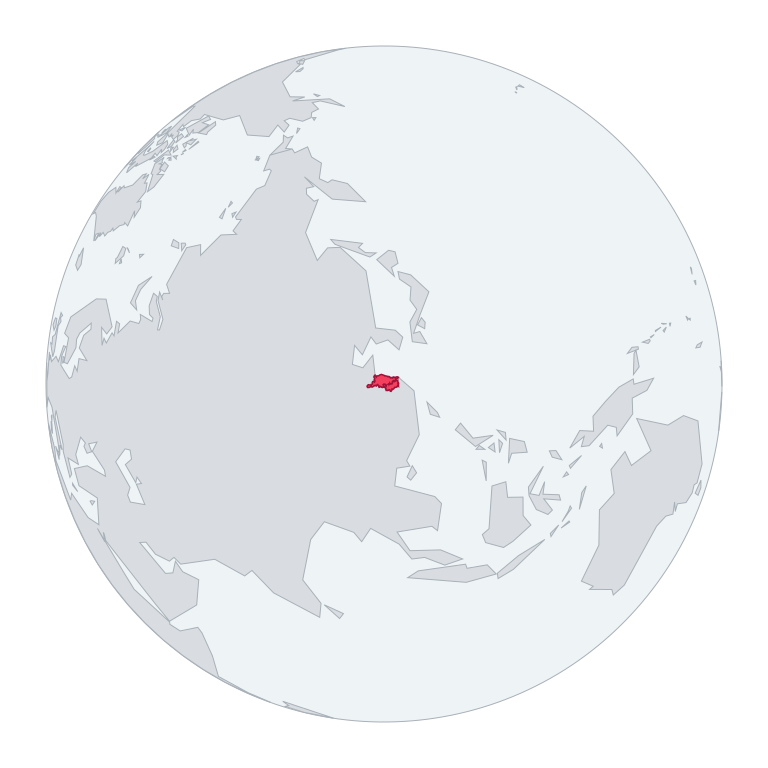 globe centered on Jiangsu, rotated 309°
{"feature_id": "CHN-1818", "entity_name": "Jiangsu", "entity_type": "Province", "adm_level": 1, "iso_a3": "CHN", "parent_name": "China", "parent_adm1": "", "projection": "orthographic", "projection_center": [119.061, 32.938], "detail": "fine", "context": "on_globe", "style": "filled", "palette": "rose", "viewbox_px": 768, "rotation_deg": 309, "n_neighbors": 0, "source": "natural_earth", "source_scale": "10m", "svg_char_len": 16453}
<svg xmlns="http://www.w3.org/2000/svg" viewBox="0 0 768 768"><g transform="rotate(309 384 384)"><circle cx="384" cy="384" r="338" fill="#eef3f6" stroke="#a8b0b8"/><path d="M667.8,548.3L667.4,549.9L667.1,550.4L667.8,548.3ZM620.8,143.0L614.5,137.9L586.1,118.4L586.5,116.9L579.6,113.2L578.6,115.4L579.7,117.8L554.8,115.0L548.1,130.3L557.2,141.8L546.4,134.8L571.4,162.3L575.0,179.0L563.9,156.3L557.5,151.2L556.5,160.0L549.6,156.9L545.1,159.7L537.0,155.4L531.2,143.5L525.8,140.8L525.4,147.3L517.0,147.9L518.4,138.5L503.9,138.9L491.5,121.1L501.8,102.9L488.1,92.9L480.5,74.9L474.3,74.4L467.5,68.6L457.8,66.2L459.2,64.4L450.3,64.2L450.9,66.4L447.2,67.3L441.5,66.4L442.3,63.6L445.2,63.6L442.5,62.4L445.3,61.6L440.7,61.5L442.3,58.8L432.4,60.2L426.6,57.1L429.9,55.8L440.5,57.5L474.2,61.5L480.8,62.2L479.6,60.7L454.5,53.5L477.7,59.3L500.4,66.8L522.6,75.8L544.0,86.4L564.7,98.4L584.4,111.9L603.2,126.8L620.8,143.0ZM438.5,50.5L434.1,49.8L436.9,50.7L431.9,50.2L430.3,51.3L418.9,49.7L408.6,47.9L409.3,47.3L404.8,46.8L394.6,46.8L388.2,46.1L413.4,47.4L438.5,50.5ZM702.6,306.5L699.8,300.6L701.8,301.0L702.6,306.5ZM697.9,299.3L698.9,300.8L698.0,300.0L697.9,299.3ZM697.1,300.2L697.7,299.5L697.3,301.0L697.1,300.2ZM696.3,302.3L696.6,300.9L696.7,301.3L696.3,302.3ZM694.1,303.6L693.4,303.7L693.5,301.7L694.1,303.6ZM581.3,119.7L579.4,115.9L582.7,115.5L585.2,118.9L581.3,119.7ZM573.9,122.0L571.0,118.8L579.0,121.9L578.2,122.7L573.9,122.0ZM565.4,151.3L565.1,146.6L567.7,152.4L565.4,151.3ZM546.0,160.8L548.2,163.4L544.9,163.8L546.0,160.8ZM436.7,52.2L433.6,51.8L435.5,51.8L436.7,52.2ZM439.0,53.4L443.5,53.7L445.2,54.4L442.4,54.1L439.0,53.4ZM529.5,158.0L523.6,158.4L528.6,155.8L529.5,158.0ZM433.1,52.9L447.7,55.5L450.7,56.7L442.6,57.0L433.1,52.9ZM519.4,157.3L505.1,159.3L508.9,164.8L490.0,151.3L508.5,153.5L514.1,149.3L514.6,154.2L519.4,157.3ZM453.5,67.6L452.6,65.2L458.6,68.2L453.5,67.6ZM458.3,69.4L481.9,79.0L480.5,82.7L472.8,78.4L475.1,84.6L462.7,81.5L458.7,77.5L462.1,75.6L454.8,76.0L458.3,69.4ZM481.9,144.0L477.6,143.1L481.0,141.9L481.9,144.0ZM446.2,67.9L451.1,69.2L450.2,72.4L440.1,70.4L443.6,69.9L446.2,67.9ZM481.8,87.9L479.3,90.3L468.6,88.4L466.2,89.2L462.3,81.8L481.8,87.9ZM441.0,68.8L435.1,69.3L430.4,67.1L441.3,66.9L441.0,68.8ZM454.1,74.3L453.2,75.8L450.5,74.2L454.1,74.3ZM410.4,60.7L416.3,61.7L416.3,63.3L410.4,60.7ZM433.2,69.8L434.8,70.5L435.5,71.4L430.7,71.5L433.2,69.8ZM455.1,81.2L451.1,80.2L456.1,84.1L448.3,83.3L447.1,78.7L444.3,80.4L441.9,80.2L443.7,76.7L455.1,81.2ZM427.9,74.4L423.7,69.1L412.8,66.6L412.5,64.9L430.2,69.3L427.9,74.4ZM437.0,76.0L431.3,74.5L433.8,72.9L439.3,72.9L437.0,76.0ZM443.4,84.6L455.7,86.9L455.5,87.9L443.4,84.6ZM424.2,73.9L425.4,75.2L423.2,73.9L424.2,73.9ZM437.0,81.5L441.3,82.1L441.0,83.2L437.0,81.5ZM423.9,77.7L422.5,75.8L426.2,75.6L423.9,77.7ZM429.5,79.7L428.0,81.0L428.3,76.7L431.5,79.7L429.5,79.7ZM436.0,82.4L437.2,83.3L434.2,82.0L436.0,82.4ZM410.8,79.9L410.3,74.5L418.4,73.8L417.8,79.1L410.8,79.9ZM142.3,147.9L130.9,163.1L126.9,168.4L118.0,177.3L96.6,213.6L102.5,210.0L94.0,238.1L95.2,251.0L115.0,232.9L113.0,211.0L123.4,196.6L133.7,204.8L137.0,225.7L141.2,220.9L148.2,199.7L158.2,197.5L151.7,192.1L147.4,199.5L143.3,196.8L146.8,190.0L150.2,189.1L151.8,181.7L135.2,188.8L129.2,197.1L127.7,185.0L117.5,198.0L113.8,198.7L129.7,177.2L135.2,172.6L157.2,145.7L151.3,149.2L130.2,175.3L132.6,170.5L124.4,177.0L132.6,168.3L157.2,140.4L162.1,131.6L153.8,136.7L188.4,108.5L174.5,120.0L181.3,115.7L198.3,103.8L192.0,109.2L196.9,106.4L192.2,111.5L199.1,111.7L196.4,116.9L212.1,110.9L212.9,113.1L203.3,115.7L195.3,121.0L190.1,135.9L192.9,136.9L203.5,132.2L200.8,137.5L211.8,131.0L215.2,138.4L220.2,124.5L232.9,120.0L242.1,121.8L247.1,118.2L232.2,115.5L225.4,116.9L218.2,121.8L200.5,125.2L199.5,121.7L221.4,109.8L222.4,103.9L239.0,98.4L269.1,106.9L275.0,114.6L257.3,136.7L248.4,137.0L250.3,128.9L236.5,140.6L243.4,137.6L241.1,142.4L252.6,140.5L251.5,143.9L264.4,136.7L264.4,140.7L256.2,145.2L273.2,147.1L276.7,155.4L281.0,154.3L284.7,150.8L286.6,164.4L289.8,163.1L290.4,158.0L297.0,152.3L309.5,147.8L309.4,152.7L304.9,155.0L295.5,167.8L283.5,173.9L284.7,175.5L295.1,171.5L306.7,155.8L314.2,151.8L310.0,159.2L312.1,156.2L315.8,155.8L319.5,160.3L324.7,152.3L365.7,144.8L376.9,153.8L368.5,160.5L397.2,163.5L407.6,175.3L408.0,170.3L422.1,169.6L419.1,165.8L420.4,163.5L455.1,162.2L463.2,166.5L478.8,162.2L479.0,159.9L473.9,156.4L490.0,151.3L508.9,164.8L507.4,169.1L520.2,175.4L514.8,184.9L516.3,196.4L502.8,204.5L505.2,213.6L510.0,215.1L516.8,229.4L514.1,255.0L495.1,227.4L494.9,191.8L493.2,205.2L487.2,200.5L482.7,204.5L482.0,214.7L485.8,216.8L452.3,227.7L438.0,254.4L454.3,254.5L462.6,263.9L460.6,298.8L422.3,342.3L432.9,358.9L432.2,369.1L420.0,374.2L420.7,359.3L410.2,352.8L412.4,344.2L393.1,348.8L395.5,336.8L379.3,347.1L383.3,357.4L399.4,357.1L384.4,372.4L398.3,391.2L397.6,411.6L366.8,443.3L338.7,449.8L336.5,455.8L326.6,446.9L311.5,456.5L328.5,494.3L327.3,503.9L303.7,517.9L303.6,510.8L277.2,487.3L270.8,509.1L290.7,532.4L297.5,555.2L281.5,545.2L274.8,524.7L265.5,515.8L269.1,496.6L263.4,464.5L247.4,465.9L249.7,453.9L239.4,424.3L217.0,424.9L180.6,444.1L173.9,473.1L162.2,480.9L152.2,429.6L156.0,398.7L147.2,396.5L141.3,362.8L116.1,339.4L117.1,329.9L111.3,328.7L107.9,313.5L111.3,298.6L107.1,293.9L99.3,333.4L104.4,338.8L115.0,333.4L111.4,345.7L115.3,363.2L94.4,377.5L64.7,366.6L69.5,343.5L87.2,266.3L91.0,261.4L91.4,260.7L92.1,259.2L85.7,266.2L91.4,252.2L73.6,300.9L67.2,319.0L64.1,367.3L62.5,368.8L63.8,381.0L77.7,392.4L76.0,399.2L64.7,421.8L52.5,439.4L58.6,472.7L65.3,496.4L65.3,496.5L57.9,472.5L52.2,448.1L48.4,423.3L46.4,398.4L46.2,373.3L48.0,348.3L51.5,323.5L56.9,299.0L64.1,275.0L73.1,251.6L83.8,228.9L96.1,207.1L110.0,186.2L125.4,166.4L142.3,147.9ZM132.6,261.2L139.8,274.1L150.3,254.6L154.0,258.2L156.2,250.6L151.1,253.2L158.6,233.7L166.7,235.1L172.9,228.2L170.7,223.6L154.7,224.4L143.8,251.7L136.3,254.7L132.6,261.2ZM229.0,88.6L222.9,92.3L218.2,93.7L221.8,89.5L228.7,87.1L229.0,88.6ZM215.5,97.3L236.3,88.1L235.0,91.1L232.2,90.8L229.2,93.7L224.0,94.2L202.3,107.1L196.7,109.4L206.3,99.0L206.2,100.8L212.2,96.7L215.5,97.3ZM291.8,66.7L300.8,64.8L286.2,73.4L279.5,74.3L282.5,69.5L292.3,65.8L291.8,66.7ZM416.0,53.8L420.4,54.0L420.2,54.6L416.3,54.8L416.0,53.8ZM413.1,61.0L396.6,54.0L400.8,53.7L386.1,51.0L391.4,49.4L400.8,51.0L393.8,48.3L404.4,49.1L398.5,47.7L418.7,51.4L427.9,52.7L415.6,51.7L410.5,52.9L411.0,53.9L419.5,57.9L436.7,62.3L434.4,65.0L428.2,65.8L423.7,65.2L426.6,63.4L418.5,63.9L419.3,60.9L413.1,61.0ZM356.4,84.9L361.7,81.2L345.5,85.3L346.3,80.9L344.3,81.6L340.6,78.9L332.6,77.2L334.5,75.2L330.6,75.4L328.0,73.9L323.3,73.8L325.1,70.4L319.4,70.1L323.5,68.7L313.3,69.2L321.7,67.5L319.1,65.9L312.4,68.5L333.4,54.8L335.8,51.9L333.2,50.8L347.9,49.0L359.7,49.4L368.1,51.9L363.7,55.5L371.2,54.5L371.3,56.2L365.4,56.3L374.5,57.2L373.0,58.7L380.5,63.5L394.7,64.9L397.8,67.0L391.5,67.3L399.0,69.4L389.2,71.5L391.2,73.3L383.5,77.7L370.1,77.8L373.4,79.9L367.7,83.8L356.4,84.9ZM408.3,80.9L392.2,81.2L384.7,79.2L401.2,72.6L400.8,70.7L411.1,67.3L421.8,70.5L417.8,71.1L416.5,72.5L413.7,70.9L414.9,73.2L409.6,74.3L409.1,76.5L404.0,75.9L408.3,80.9ZM129.1,167.9L127.3,171.0L125.9,174.7L120.8,179.2L129.1,167.9ZM145.6,148.6L144.9,150.2L136.9,157.6L138.8,154.7L145.6,148.6ZM151.3,145.3L145.5,149.8L149.8,145.6L151.3,145.3ZM203.4,117.3L203.5,119.2L200.9,120.7L197.7,121.3L203.4,117.3ZM308.6,99.2L312.8,96.7L314.5,97.2L326.5,94.5L326.9,98.0L319.8,101.0L308.6,99.2ZM110.8,233.0L106.4,233.4L108.0,229.3L109.1,229.9L110.8,233.0ZM110.8,204.5L107.6,213.7L109.4,205.7L110.8,204.5ZM311.0,102.6L315.9,101.0L313.1,103.8L311.0,102.6ZM327.8,100.6L325.7,103.7L328.4,98.2L327.8,100.6ZM78.5,528.4L71.2,510.0L74.1,512.3L73.7,505.0L80.5,523.2L92.6,555.2L91.9,553.9L78.5,528.4ZM383.5,612.3L394.0,614.0L393.6,615.2L383.5,612.3ZM372.5,607.3L384.4,608.5L370.5,609.8L372.5,607.3ZM389.0,609.0L401.2,607.2L406.4,605.4L405.5,607.9L389.0,609.0ZM364.4,606.8L321.4,601.2L304.6,595.1L308.3,591.2L335.5,596.6L364.4,606.8ZM307.0,590.8L281.6,572.7L248.4,524.3L260.3,528.2L295.3,560.8L293.0,564.5L308.4,578.0L307.0,590.8ZM369.3,574.9L366.9,586.9L342.9,583.2L332.2,579.8L324.7,562.8L328.9,555.2L337.6,556.7L372.7,532.1L384.7,540.2L373.7,551.4L383.6,563.2L369.3,574.9ZM174.8,476.5L180.0,497.0L173.8,497.1L174.8,476.5ZM387.6,512.7L373.0,524.4L386.6,508.2L387.6,512.7ZM396.2,496.7L396.7,503.5L391.2,496.6L396.2,496.7ZM335.5,465.2L326.1,465.3L326.3,460.4L338.3,457.4L335.5,465.2ZM397.0,428.8L395.5,443.4L393.2,448.2L389.6,439.1L397.0,428.8ZM321.6,136.1L304.4,135.4L292.3,138.4L285.9,145.2L287.5,135.9L306.2,131.1L321.6,136.1ZM360.3,142.9L365.8,137.8L368.3,140.8L367.4,142.4L360.3,142.9ZM360.1,139.2L357.5,131.7L363.8,129.4L364.6,135.7L360.1,139.2ZM333.5,115.5L328.4,114.8L330.8,112.4L333.5,115.5ZM558.1,673.6L587.9,653.3L590.4,651.5L558.1,673.6ZM495.1,698.1L495.0,694.5L508.8,690.8L502.8,695.5L495.1,698.1ZM594.7,648.2L596.9,646.2L605.7,638.6L609.3,633.6L607.8,636.7L614.3,631.3L608.6,636.5L594.7,648.2ZM445.2,685.3L379.0,697.3L364.3,695.0L367.7,690.4L353.7,673.0L358.5,673.8L355.0,661.5L394.0,652.4L421.8,630.6L443.8,631.8L460.3,614.2L483.1,613.8L476.4,627.6L500.2,633.5L516.2,602.1L530.7,630.5L548.0,636.7L552.9,651.2L522.0,681.5L504.2,689.5L500.8,688.5L493.4,692.0L481.9,693.3L475.5,687.4L468.2,690.6L475.2,684.1L464.7,690.4L458.7,686.2L445.2,685.3ZM608.3,603.6L611.6,602.8L616.8,604.7L611.5,606.5L608.3,603.6ZM659.3,560.1L660.6,561.0L657.2,564.1L659.3,560.1ZM667.1,550.4L663.1,554.5L667.8,548.3L667.1,550.4ZM626.1,579.5L627.8,580.5L626.4,581.8L626.1,579.5ZM624.8,579.6L626.8,575.8L626.5,578.8L624.8,579.6ZM608.8,570.0L610.9,567.6L611.8,568.5L608.8,570.0ZM409.5,614.7L424.1,606.0L432.1,605.3L409.5,614.7ZM605.9,567.6L600.7,569.1L601.2,567.2L605.9,567.6ZM606.2,563.4L605.6,561.2L608.8,565.8L606.2,563.4ZM596.3,561.2L602.6,563.5L595.6,561.9L596.3,561.2ZM592.5,562.9L588.0,562.3L588.3,561.4L592.5,562.9ZM541.1,578.4L558.2,589.9L544.5,592.3L529.2,585.8L517.3,596.1L490.4,597.8L496.5,591.8L492.8,583.8L465.1,582.2L459.5,576.8L469.3,572.6L451.1,568.7L471.0,565.4L479.2,576.6L490.5,566.7L510.1,567.1L529.3,568.5L544.8,574.5L541.1,578.4ZM471.2,590.8L474.7,590.6L471.7,594.1L471.2,590.8ZM579.2,558.5L585.8,562.2L585.1,563.7L581.8,563.8L579.2,558.5ZM548.3,571.9L565.0,559.2L568.9,558.5L557.9,571.5L548.3,571.9ZM560.9,553.9L568.6,553.6L572.8,558.0L571.2,559.8L560.9,553.9ZM430.6,581.2L429.8,584.4L424.7,581.8L430.6,581.2ZM437.2,579.3L452.8,582.5L435.8,582.0L437.2,579.3ZM390.6,566.5L395.0,574.6L409.2,570.3L398.4,576.9L408.1,589.8L404.9,594.3L395.3,580.4L392.0,594.2L385.8,593.5L382.3,581.4L388.5,567.0L394.8,561.1L420.4,559.6L390.6,566.5ZM437.1,569.9L433.0,560.8L436.1,554.6L440.5,559.5L437.1,569.9ZM421.1,538.2L410.5,526.8L400.7,530.6L420.8,515.9L427.6,529.3L421.1,538.2ZM412.5,513.5L403.3,517.0L413.0,508.3L412.5,513.5ZM401.1,513.1L400.3,505.1L407.4,506.6L401.1,513.1ZM417.3,514.1L419.4,500.8L422.8,508.8L417.3,514.1ZM397.9,487.2L412.8,501.1L393.0,494.4L393.3,468.2L401.8,468.1L397.9,487.2ZM452.6,380.8L451.1,372.9L459.1,371.3L457.9,377.1L452.6,380.8ZM483.9,360.9L460.8,368.3L442.0,375.1L447.3,378.8L442.3,392.0L434.7,379.4L448.5,365.1L462.6,362.5L465.6,351.4L476.4,343.9L475.3,330.0L480.2,324.1L485.6,336.1L483.9,360.9ZM474.2,324.2L476.1,300.1L490.8,303.4L493.7,309.4L486.6,318.9L479.3,316.5L474.2,324.2ZM480.9,295.4L473.8,293.1L461.7,258.0L462.8,251.6L479.8,278.8L474.0,278.3L474.4,286.8L480.9,295.4ZM478.5,145.8L477.6,143.3L481.0,145.4L478.5,145.8ZM418.3,161.4L420.7,158.6L424.5,160.8L418.3,161.4ZM429.3,152.3L423.3,151.7L429.7,150.2L429.3,152.3ZM410.0,151.2L421.0,150.5L410.4,154.2L410.0,151.2Z" fill="#d9dde1" stroke="#a8b0b8" stroke-width="1"/><path d="M385.1,371.4L384.7,371.5L384.6,371.8L384.7,372.2L384.6,372.7L384.7,373.1L384.6,373.3L384.6,373.5L384.8,373.3L385.2,373.3L385.4,373.1L385.6,373.3L385.8,373.3L386.0,373.5L385.9,373.7L386.3,374.1L386.7,374.4L386.8,374.5L387.2,374.6L387.6,374.9L387.7,375.0L388.3,375.0L388.7,375.2L389.0,375.5L389.7,375.8L389.8,375.9L389.9,376.3L390.0,376.5L390.2,376.9L390.2,377.0L390.4,377.5L390.5,377.9L390.6,378.3L390.6,378.5L390.8,378.9L390.8,379.0L391.0,379.1L391.1,379.7L391.0,379.8L391.2,380.0L391.4,380.4L391.7,380.8L391.8,381.1L391.9,381.7L392.1,381.8L392.3,382.0L392.2,382.1L392.3,382.2L392.3,382.3L392.2,382.4L392.5,382.6L392.6,382.8L392.7,383.0L392.7,383.4L392.8,383.4L393.0,383.4L393.1,383.5L393.0,383.8L393.1,384.5L393.0,384.9L392.9,385.0L392.9,385.4L392.9,385.2L392.8,385.3L392.9,385.5L393.2,385.6L393.4,385.9L394.1,386.3L394.1,386.5L394.2,386.4L394.4,386.5L395.4,387.0L395.6,387.1L395.8,387.9L395.5,388.0L395.7,388.4L395.8,388.4L395.9,388.7L396.0,388.7L396.1,388.8L396.3,388.7L397.0,389.0L397.8,389.6L397.8,389.8L398.1,390.1L398.1,390.4L398.3,390.8L398.3,391.1L398.1,391.2L397.8,391.2L397.1,391.0L396.3,390.7L396.2,390.5L395.1,390.1L394.8,390.2L394.3,390.6L393.9,390.5L393.6,390.5L393.4,390.4L393.4,390.1L393.2,389.9L392.7,389.3L392.4,389.3L391.9,389.0L391.1,389.0L390.5,389.3L390.0,389.8L389.8,389.9L389.4,389.8L389.0,389.7L388.7,389.4L388.2,388.8L388.2,388.7L388.3,388.2L388.2,388.3L388.1,388.0L387.9,387.8L387.8,387.7L387.5,387.6L387.1,387.6L386.9,387.4L386.7,387.4L387.0,387.6L387.1,387.8L386.9,388.2L386.7,388.4L386.8,388.4L387.1,388.1L387.3,388.3L387.6,388.3L387.5,388.6L387.6,388.8L388.0,389.0L388.7,389.8L389.4,390.0L389.6,390.1L389.8,390.0L390.4,389.8L391.0,389.6L391.0,389.4L391.3,389.4L391.7,389.5L392.1,389.5L392.4,389.6L392.8,390.5L392.5,390.5L392.3,390.3L392.3,390.5L392.5,390.6L392.9,390.8L393.8,391.0L394.5,391.3L395.0,391.8L395.4,392.3L395.5,392.4L395.0,392.5L394.7,392.7L394.4,393.1L394.5,393.4L394.4,393.7L394.2,393.7L394.1,393.8L394.1,394.3L393.6,394.5L393.1,394.6L393.2,394.9L393.3,395.3L392.7,395.4L392.5,395.5L392.2,395.5L392.3,395.8L392.3,396.0L392.0,396.2L391.7,396.2L391.2,396.8L391.0,396.0L390.9,396.0L390.7,396.0L390.6,395.7L389.8,395.9L389.4,395.7L389.0,395.4L388.5,394.9L388.4,394.5L388.3,394.4L388.0,394.4L387.7,394.5L387.5,394.4L387.0,394.5L386.9,394.6L386.6,394.6L386.3,394.5L386.2,394.5L385.5,394.3L385.5,393.9L385.4,393.7L385.3,393.9L385.0,393.9L384.5,393.7L384.1,394.0L382.8,394.1L382.7,394.1L382.6,393.9L382.4,393.6L382.4,393.3L382.7,393.2L382.8,393.1L383.1,392.3L383.0,391.8L382.9,391.7L382.7,391.7L382.4,391.7L382.1,391.6L382.1,391.3L382.1,391.2L381.9,391.1L381.5,391.1L381.1,390.8L381.0,390.7L381.1,390.4L381.0,390.2L380.8,390.1L380.6,390.0L380.4,389.8L380.5,389.7L380.6,389.3L380.7,389.1L381.2,388.7L381.2,388.4L381.7,388.3L382.0,388.1L382.0,387.9L382.0,387.7L382.0,387.2L382.0,386.8L381.8,386.7L381.7,386.7L381.7,386.4L381.5,386.1L381.8,386.1L382.1,386.1L382.5,385.9L382.6,386.0L382.8,386.0L383.2,386.0L383.4,386.2L383.6,386.5L383.8,386.5L384.0,386.7L384.0,386.9L384.4,386.6L384.4,386.3L384.5,386.2L384.7,385.9L384.6,385.3L384.5,385.0L384.5,384.7L384.2,384.6L383.9,384.2L383.7,384.2L383.7,383.9L383.2,383.9L382.9,383.8L382.9,384.0L382.7,384.4L382.5,384.6L382.4,384.9L382.4,385.1L381.8,385.1L381.6,385.2L380.9,385.2L380.6,385.2L380.2,384.9L380.2,384.6L380.0,384.4L379.9,384.1L380.0,384.0L380.2,383.8L380.0,383.5L379.8,383.0L379.8,382.6L379.7,382.4L379.5,382.6L379.2,382.7L378.7,382.6L378.7,382.4L378.4,382.2L378.5,382.1L378.7,381.8L378.7,381.6L379.0,380.8L379.1,380.7L379.3,380.8L379.3,380.5L379.4,380.0L379.7,379.5L379.6,379.3L379.5,379.2L379.3,379.1L379.1,379.1L378.6,379.2L378.4,379.3L378.2,379.3L377.6,379.3L377.6,379.1L377.6,378.4L377.3,378.4L377.1,377.8L377.0,377.7L376.9,377.6L376.8,377.8L376.7,377.7L376.5,377.4L376.3,377.4L376.1,377.5L375.9,377.5L375.6,377.2L375.1,377.2L374.7,377.1L374.1,376.7L374.0,376.2L373.8,376.0L373.8,375.9L373.9,375.6L373.7,375.3L373.2,375.3L372.9,375.0L372.0,374.7L371.9,374.5L371.6,374.2L371.2,373.8L371.0,373.6L371.0,373.4L371.2,373.2L371.2,372.7L371.5,372.3L371.6,372.2L371.8,372.2L372.3,372.1L372.7,372.1L373.0,372.1L373.7,372.4L373.9,372.6L373.9,373.0L374.3,373.5L374.7,374.3L374.7,374.8L374.9,375.0L375.0,375.0L375.1,374.9L375.1,374.6L375.3,374.3L375.6,374.2L375.8,374.3L376.3,374.9L376.6,375.0L376.8,374.9L377.2,374.6L377.5,374.5L377.8,374.1L377.8,373.9L378.1,373.8L378.5,373.7L379.2,373.9L379.3,374.0L379.3,374.3L379.6,374.5L379.5,374.9L379.7,375.1L379.6,375.4L380.5,375.3L380.7,375.1L380.8,374.9L380.9,374.2L381.0,374.0L381.0,373.8L381.1,373.7L381.4,373.6L381.7,373.6L382.2,373.7L382.3,373.6L382.5,373.4L382.6,373.1L382.6,372.8L382.7,372.6L382.9,372.2L383.0,371.9L383.0,371.7L383.5,371.5L384.1,371.5L384.6,371.2L384.9,371.2L385.0,371.3L385.1,371.4ZM388.1,388.6L388.2,389.1L388.0,388.9L387.6,388.8L387.6,388.5L387.8,388.3L387.4,388.2L387.3,387.9L387.6,387.8L387.8,387.9L387.8,388.0L388.1,388.6Z" fill="#f43f5e" stroke="#9f1239" stroke-width="1.5"/></g></svg>